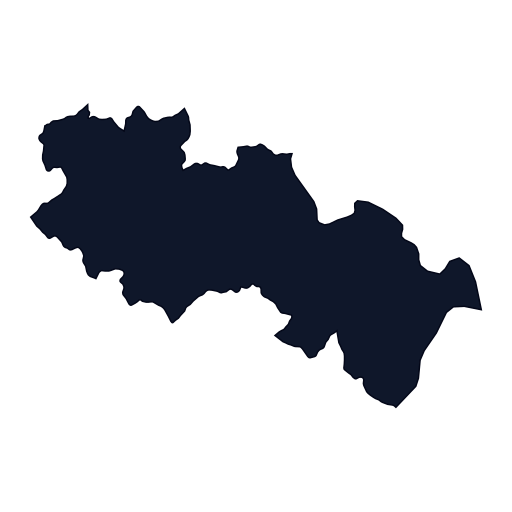 the District of Raški, rotated 270°
{"feature_id": "SRB-834", "entity_name": "Raški", "entity_type": "District", "adm_level": 1, "iso_a3": "SRB", "parent_name": "Republic of Serbia", "parent_adm1": "", "projection": "equal_earth", "projection_center": [20.586, 43.343], "detail": "fine", "context": "isolated", "style": "filled", "palette": "ink", "viewbox_px": 512, "rotation_deg": 270, "n_neighbors": 0, "source": "natural_earth", "source_scale": "10m", "svg_char_len": 6046}
<svg xmlns="http://www.w3.org/2000/svg" viewBox="0 0 512 512"><g transform="rotate(270 256 256)"><path d="M358.3,292.0L353.2,290.5L344.8,291.5L336.7,295.0L310.4,313.8L303.0,316.6L292.1,317.1L289.3,319.0L287.1,324.6L288.0,329.5L292.0,337.8L294.9,347.2L296.7,351.4L298.7,354.3L301.7,355.1L305.3,354.7L308.7,354.8L311.2,357.5L309.8,368.2L302.7,382.7L293.8,395.9L286.8,402.5L282.7,402.6L278.8,401.5L275.3,401.5L272.3,404.5L269.1,411.2L267.3,414.1L264.6,416.5L258.1,418.7L252.2,418.7L246.5,420.3L240.8,427.5L237.9,439.8L243.2,445.3L250.6,449.8L254.0,459.2L246.4,469.0L230.2,475.5L202.3,481.3L205.7,464.3L205.2,453.4L199.6,446.4L179.0,436.3L161.4,424.2L151.8,420.1L133.7,418.4L125.7,415.8L104.7,395.9L106.1,394.4L106.7,393.4L107.0,392.3L107.7,387.6L109.7,382.4L110.4,381.1L112.2,378.8L113.4,375.7L114.7,373.5L116.9,370.3L118.7,368.1L120.3,366.7L125.9,364.1L127.0,363.7L128.5,363.4L132.4,363.8L134.2,362.9L134.8,361.8L134.9,360.0L134.7,359.0L133.2,356.1L133.2,355.3L133.6,354.5L134.8,353.0L137.4,351.0L139.0,348.7L142.2,344.7L142.9,344.1L144.1,343.9L147.9,344.3L152.0,344.5L156.0,344.5L158.6,344.2L160.1,343.6L162.6,342.0L165.9,340.6L169.3,338.9L181.3,336.9L179.3,334.4L177.1,330.6L176.3,329.8L172.6,328.1L170.1,326.0L169.4,325.6L165.1,324.1L164.3,323.5L163.6,322.7L162.5,320.1L161.7,319.0L160.0,317.6L156.4,316.0L155.8,315.3L155.4,314.5L154.2,310.0L154.5,308.9L155.5,307.8L163.1,302.5L164.8,300.9L165.3,299.7L165.5,295.5L165.7,294.3L167.1,290.9L167.9,288.2L169.2,285.6L170.3,283.0L176.5,275.0L180.0,279.1L181.3,281.3L182.4,283.6L183.1,284.4L185.1,285.9L187.5,288.2L188.2,288.6L190.9,289.6L193.7,291.6L195.2,291.9L196.2,291.8L196.9,291.5L198.6,285.1L199.0,282.1L199.8,280.7L204.3,277.7L207.9,275.9L209.6,274.2L210.5,273.1L212.0,270.3L213.8,267.9L215.1,264.6L215.6,263.9L216.9,262.5L218.4,261.5L219.3,261.2L222.9,261.1L223.5,261.0L224.8,260.2L225.2,259.7L225.5,258.9L225.5,257.3L225.6,256.5L226.8,254.7L228.0,253.5L228.1,252.5L227.3,251.2L225.6,249.8L224.2,247.7L223.9,246.7L224.0,245.1L224.8,242.5L225.1,240.9L221.5,239.4L220.2,237.9L219.8,236.8L219.8,235.9L220.2,235.0L222.3,232.3L222.7,231.4L222.9,230.6L222.8,229.7L222.3,228.8L220.3,226.2L219.8,223.5L219.2,221.2L219.5,219.9L220.5,218.0L220.9,216.8L221.9,211.9L222.1,209.4L222.0,208.2L221.6,207.1L220.5,205.6L218.5,204.0L217.2,202.4L216.2,199.8L215.5,198.4L211.0,193.2L207.6,190.2L205.5,186.9L204.3,185.8L201.0,184.6L196.5,180.4L193.8,178.4L191.8,175.5L189.5,173.0L189.3,172.6L189.5,171.9L190.7,170.9L195.9,168.3L202.2,164.8L203.9,163.5L205.7,161.3L206.8,158.6L210.1,153.0L210.2,151.1L209.9,148.6L209.9,146.0L210.8,142.2L211.2,142.0L211.8,141.3L212.1,140.6L212.2,139.8L212.0,139.1L210.4,137.4L208.9,135.2L206.9,131.5L206.8,130.6L207.2,129.8L207.9,129.1L209.9,128.0L213.4,126.2L217.1,123.3L217.7,123.0L219.4,122.7L220.4,122.9L223.2,123.9L224.4,124.0L225.6,123.9L227.9,122.9L229.9,120.6L230.6,120.1L231.2,120.0L232.6,120.4L235.5,123.2L237.2,124.0L238.4,124.2L239.6,124.1L240.5,123.6L241.2,123.1L241.7,122.4L242.9,119.3L243.2,115.8L243.1,114.9L241.5,110.6L241.0,108.8L241.0,105.2L241.4,101.8L241.2,100.9L240.1,99.4L239.3,98.8L233.4,95.9L234.0,94.6L235.6,90.2L237.1,88.4L238.5,87.6L240.8,86.7L245.8,85.7L249.0,83.7L250.3,83.1L251.9,82.9L255.4,83.7L256.4,83.8L259.3,82.8L260.7,82.1L263.2,80.3L264.3,78.9L264.7,78.1L264.7,77.3L264.0,75.2L262.4,71.9L262.1,70.5L262.3,69.5L263.9,67.4L264.6,65.2L265.6,63.9L266.7,63.2L270.0,61.8L275.0,57.3L275.9,56.1L276.1,54.6L275.9,53.7L273.9,50.2L273.7,49.4L273.9,48.6L274.3,47.9L277.6,45.4L279.8,42.7L283.1,40.0L285.9,36.8L294.9,30.7L300.1,36.9L301.9,38.4L306.2,41.0L307.8,42.4L308.5,43.5L308.7,44.4L308.6,46.5L308.8,48.0L309.2,48.6L312.0,51.8L313.4,54.3L318.1,61.5L319.5,62.6L321.9,63.8L325.7,66.4L328.5,67.2L332.4,67.2L334.9,66.8L341.5,63.0L343.8,61.9L344.8,61.1L345.0,60.0L344.5,57.0L344.8,53.9L344.1,52.5L341.6,50.3L341.1,49.5L341.0,48.6L341.1,47.8L341.6,47.0L342.4,46.4L346.8,45.0L351.1,43.0L353.2,42.6L357.1,42.7L360.9,43.5L367.1,44.1L368.3,43.4L370.2,41.0L371.4,39.9L373.3,39.0L374.3,39.0L375.7,39.3L376.6,39.9L378.5,42.6L379.4,43.3L381.1,43.9L386.2,44.9L386.4,45.7L387.1,46.4L387.5,47.1L387.7,47.9L387.8,49.1L388.1,49.9L389.7,51.2L391.0,53.2L391.3,57.8L392.8,63.2L393.4,64.6L394.7,66.3L395.3,67.7L395.7,70.0L395.8,73.5L396.0,74.6L396.5,75.9L397.6,77.2L400.1,79.1L402.5,82.5L407.3,87.7L401.7,87.9L399.7,89.5L397.0,89.2L395.7,88.2L393.7,88.2L393.6,88.9L393.7,89.7L395.0,91.7L395.3,92.6L395.4,93.7L395.2,94.7L394.7,95.7L393.0,98.5L392.7,99.6L392.5,101.9L392.6,104.3L392.8,106.5L394.1,109.9L394.0,110.7L393.2,111.8L390.2,113.7L384.8,118.2L383.8,119.5L380.9,124.1L388.1,125.7L391.6,125.8L392.9,126.2L393.7,126.8L394.2,127.6L395.0,130.2L396.0,131.5L397.3,132.2L400.7,133.1L404.4,136.3L405.1,137.0L405.5,137.8L405.5,138.6L405.2,139.4L400.6,143.7L399.7,144.4L395.7,146.6L393.4,148.5L392.1,150.5L391.1,152.6L390.6,154.3L390.5,155.5L390.7,157.9L391.0,159.0L392.8,161.7L393.7,163.5L394.6,167.6L394.8,169.5L394.7,171.6L395.1,172.9L396.7,175.2L397.8,177.7L398.4,178.7L403.5,184.4L395.7,188.2L394.6,188.5L392.0,188.7L387.1,190.0L380.9,190.2L377.3,189.8L375.0,188.9L373.2,187.9L371.9,186.7L370.5,184.6L369.7,183.9L367.0,181.3L366.2,180.6L365.2,180.2L363.9,180.3L363.1,180.7L360.2,183.6L359.4,184.2L356.9,184.9L353.1,185.2L351.8,185.1L350.5,184.3L347.9,181.8L346.5,181.5L344.3,181.9L341.6,183.1L343.5,186.4L345.2,190.6L348.0,194.3L348.5,195.3L348.6,197.1L348.1,198.4L347.1,200.0L346.8,201.2L347.1,202.0L348.9,204.7L349.0,205.5L348.9,206.3L347.5,209.1L347.1,210.2L346.4,214.1L344.9,220.1L344.9,221.0L345.3,222.9L345.2,223.8L344.7,225.0L342.1,227.7L341.9,228.5L342.1,228.9L344.0,231.6L345.0,234.1L346.0,235.6L352.0,238.5L352.9,238.8L354.3,238.9L355.4,238.6L358.2,237.4L359.9,237.0L361.0,237.0L364.7,238.1L365.2,243.2L365.9,247.1L365.6,248.3L364.8,249.9L364.7,251.3L365.3,255.5L365.7,256.7L367.5,259.2L367.7,259.7L367.8,260.4L367.2,262.1L366.1,264.0L365.4,264.8L363.0,267.1L362.2,268.3L361.1,270.7L360.6,271.3L357.9,273.3L356.7,275.5L356.7,277.3L358.0,280.7L358.1,281.6L358.2,282.5L357.7,286.7L358.3,289.9L358.3,292.0Z" fill="#0f172a" stroke="#020617" stroke-width="1.5"/></g></svg>